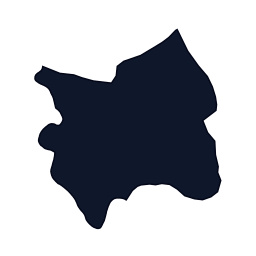 Chosan, Chagang-do, North Korea, rotated 276°
{"feature_id": "82179303B68159150924260", "entity_name": "Chosan", "entity_type": "district", "adm_level": 2, "iso_a3": "PRK", "parent_name": "North Korea", "parent_adm1": "Chagang-do", "projection": "natural_earth1", "projection_center": [125.757, 40.773], "detail": "fine", "context": "isolated", "style": "filled", "palette": "ink", "viewbox_px": 256, "rotation_deg": 276, "n_neighbors": 0, "source": "geoboundaries", "source_scale": "gbopen_adm2", "svg_char_len": 5489}
<svg xmlns="http://www.w3.org/2000/svg" viewBox="0 0 256 256"><g transform="rotate(276 128 128)"><path d="M56.3,133.7L66.3,138.8L71.0,143.3L72.8,146.8L74.6,155.3L74.5,161.3L76.4,167.4L76.3,175.4L72.4,183.5L66.6,191.5L64.6,201.6L64.5,209.7L68.3,217.7L74.0,223.7L85.5,225.7L93.2,221.7L99.0,221.7L110.5,217.7L124.0,215.6L131.7,207.6L143.3,201.5L154.7,213.6L160.5,213.6L168.2,211.6L177.8,207.5L187.5,201.5L197.1,191.4L210.7,179.3L231.0,166.6L230.0,165.2L222.3,159.2L216.6,153.1L209.0,143.1L201.4,133.0L193.9,116.9L188.2,110.9L178.6,110.9L170.9,106.9L171.1,88.7L173.1,76.7L175.1,68.6L175.2,54.5L180.2,36.8L179.5,36.8L179.0,36.7L178.6,36.7L178.1,36.6L177.6,36.5L177.2,36.3L176.8,36.1L176.5,36.0L176.2,35.8L175.8,35.5L175.4,35.2L175.1,34.8L174.7,34.4L174.3,34.1L174.0,33.7L173.8,33.4L173.5,32.9L173.1,32.6L172.7,32.2L172.4,31.8L172.1,31.6L171.7,31.3L171.4,31.0L171.0,30.8L170.6,30.7L170.2,30.5L169.9,30.4L169.5,30.3L169.1,30.3L168.7,30.3L168.2,30.3L167.7,30.3L167.3,30.4L166.9,30.5L166.6,30.6L166.3,30.8L166.0,31.0L165.7,31.2L165.5,31.5L165.3,31.7L165.1,32.0L164.9,32.3L164.7,32.7L164.4,33.2L164.1,33.8L163.6,34.6L163.4,35.1L163.2,35.7L162.9,36.2L162.7,36.8L162.6,37.2L162.5,37.6L162.3,38.1L162.1,38.6L162.0,39.1L161.8,39.8L161.5,40.5L161.2,41.2L160.9,42.0L160.5,42.7L160.1,43.4L159.8,43.9L159.4,44.4L158.9,45.0L158.4,45.5L157.8,46.0L157.2,46.4L156.6,46.9L156.1,47.1L155.5,47.4L154.8,47.8L154.2,48.1L153.7,48.5L153.0,48.9L152.5,49.3L151.9,49.7L151.4,50.0L150.9,50.2L150.2,50.6L149.6,50.9L148.9,51.1L148.3,51.3L147.7,51.5L147.3,51.7L146.6,51.9L146.1,52.1L145.6,52.3L144.9,52.5L144.2,52.7L143.6,53.0L142.9,53.2L142.3,53.4L141.8,53.6L141.3,53.7L140.9,53.9L140.5,54.1L140.2,54.3L140.0,54.6L139.7,55.0L139.5,55.5L139.3,55.9L139.0,56.3L138.7,56.7L138.5,57.0L138.2,57.3L137.9,57.6L137.6,58.0L137.3,58.4L136.9,58.8L136.4,59.1L136.0,59.4L135.5,59.7L135.0,60.0L134.6,60.3L134.3,60.5L133.9,60.7L133.0,61.3L132.5,61.6L131.9,61.9L131.4,62.1L130.9,62.3L130.4,62.4L130.0,62.5L129.7,62.5L128.8,62.4L128.4,62.3L128.1,62.2L127.7,62.1L127.3,62.0L126.9,61.8L126.4,61.6L125.9,61.3L124.9,60.7L124.7,60.6L124.3,60.3L124.1,60.1L123.8,59.8L123.6,59.5L123.4,59.0L123.3,58.6L123.2,58.1L123.2,57.6L123.2,56.9L123.3,56.4L123.4,56.0L123.5,55.7L123.7,55.4L123.9,55.0L124.1,54.4L124.2,54.0L124.2,53.6L124.2,53.1L124.2,52.5L124.2,51.9L124.1,51.3L124.0,50.8L123.8,50.3L123.5,49.8L123.2,49.2L122.9,48.8L122.5,48.3L122.0,47.9L121.6,47.5L121.2,47.1L120.8,46.6L120.4,46.2L119.9,45.7L119.5,45.4L119.1,45.0L118.7,44.7L118.3,44.3L117.8,43.9L117.3,43.6L116.9,43.3L116.5,43.1L116.1,42.8L115.7,42.6L115.2,42.3L114.5,42.0L113.8,41.7L112.9,41.3L112.3,41.2L111.8,41.1L111.1,40.9L110.5,40.9L109.9,40.8L109.3,40.7L108.7,40.5L108.2,40.5L107.6,40.4L106.4,40.4L105.8,40.5L105.3,40.7L104.8,40.9L104.2,41.2L103.8,41.5L103.4,41.7L103.0,42.1L102.5,42.4L102.0,42.9L101.7,43.2L101.5,43.5L101.3,43.9L101.2,44.3L100.9,44.7L100.7,45.0L100.4,45.4L100.1,45.9L99.8,46.2L99.6,46.6L99.3,47.0L99.1,47.5L98.9,47.9L98.8,48.4L98.7,49.0L98.6,49.6L98.5,50.0L98.4,50.6L98.3,51.2L98.3,52.0L98.2,52.6L98.1,53.5L98.0,54.0L97.7,54.6L97.5,55.1L97.2,55.7L97.1,56.2L96.9,56.5L96.7,56.9L96.5,57.4L96.3,57.7L95.8,57.9L95.3,57.9L93.9,57.9L93.1,58.0L92.3,57.9L91.7,57.9L91.1,57.8L90.4,57.8L89.7,57.7L89.0,57.7L87.9,57.5L87.5,57.4L86.9,57.3L86.4,57.2L85.8,57.1L85.2,57.0L84.6,56.9L83.9,56.8L83.0,56.7L82.2,56.6L81.5,56.4L80.9,56.3L80.3,56.2L79.6,56.1L78.9,55.9L78.4,55.9L77.8,55.9L77.2,55.9L76.6,55.9L76.0,56.1L75.5,56.2L74.9,56.4L74.5,56.6L73.9,56.8L73.3,57.0L72.8,57.2L72.3,57.5L71.8,57.8L71.3,58.0L70.9,58.3L70.5,58.6L70.1,59.0L69.7,59.3L69.3,59.7L69.0,60.0L68.7,60.4L68.4,60.8L68.0,61.2L67.6,61.6L67.3,62.0L67.1,62.3L66.8,62.6L66.6,62.9L66.3,63.3L66.0,63.7L65.7,64.0L65.5,64.4L65.3,64.9L65.2,65.2L65.1,65.7L64.9,66.2L64.6,66.7L64.3,67.3L64.0,67.9L63.7,68.4L63.4,68.9L63.0,69.5L62.7,70.0L62.4,70.6L61.9,71.2L61.5,71.9L61.1,72.4L60.8,72.9L60.5,73.4L60.1,73.8L59.8,74.3L59.5,74.8L59.2,75.1L58.8,75.6L58.4,76.1L57.6,76.9L57.1,77.6L56.6,78.1L56.1,78.6L55.6,79.1L55.1,79.6L54.7,80.1L54.2,80.6L53.6,81.1L53.2,81.5L52.7,82.0L52.1,82.4L51.6,82.9L51.1,83.2L50.6,83.6L50.0,83.9L49.3,84.3L48.7,84.7L48.0,85.1L47.3,85.4L46.2,86.0L45.6,86.3L45.2,86.6L44.6,87.0L44.2,87.3L43.8,87.7L43.3,88.1L42.8,88.6L42.3,88.9L41.9,89.4L41.3,89.9L40.8,90.4L40.4,91.0L39.9,91.5L39.5,92.0L39.1,92.4L38.6,92.8L38.2,93.2L37.7,93.6L37.2,94.0L36.6,94.3L36.0,94.6L35.5,94.9L35.0,95.1L34.3,95.3L33.7,95.6L33.1,95.9L32.6,96.1L32.0,96.5L31.6,96.9L31.1,97.3L30.6,97.8L30.1,98.2L29.7,98.7L29.2,99.2L28.9,99.6L28.6,100.0L28.2,100.4L27.9,100.9L27.5,101.5L27.2,101.9L26.9,102.3L26.6,102.8L26.4,103.3L26.2,103.7L25.9,104.2L25.7,104.8L25.6,105.4L25.4,105.9L25.3,106.3L25.2,106.9L25.0,107.5L25.0,108.0L25.0,108.8L25.2,109.4L25.4,109.9L25.6,110.5L25.9,110.8L26.3,111.1L26.7,111.4L27.2,111.6L27.7,111.8L28.4,112.1L29.1,112.4L30.1,112.7L30.9,113.0L31.6,113.3L32.5,113.6L33.2,113.9L33.6,114.0L34.4,114.1L35.3,114.3L36.2,114.4L37.1,114.6L37.9,114.7L38.6,114.8L39.3,114.9L40.0,115.0L41.5,115.2L42.3,115.2L43.0,115.3L43.8,115.5L44.7,115.7L45.4,115.8L46.2,116.0L47.1,116.2L47.9,116.4L48.3,116.5L48.8,116.7L49.4,116.9L50.0,117.1L50.7,117.3L51.3,117.5L51.9,117.8L52.6,118.1L53.2,118.5L53.6,118.8L54.1,119.2L54.6,119.6L55.1,120.0L55.6,120.6L56.0,121.1L56.5,121.7L56.7,122.4L57.0,123.2L57.2,123.7L57.3,124.2L57.4,124.8L57.4,125.5L57.5,126.2L57.6,126.9L57.6,127.5L57.6,128.7L57.6,129.4L57.5,130.1L57.4,130.8L57.3,131.3L57.1,131.8L57.0,132.3L56.8,132.8L56.5,133.3L56.3,133.7Z" fill="#0f172a" stroke="#020617" stroke-width="1.5"/></g></svg>